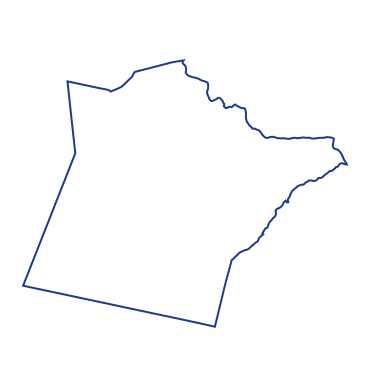 the district of Bondo, Nyanza, Kenya, rotated 12°
{"feature_id": "3690345B84738590288078", "entity_name": "Bondo", "entity_type": "district", "adm_level": 2, "iso_a3": "KEN", "parent_name": "Kenya", "parent_adm1": "Nyanza", "projection": "orthographic", "projection_center": [34.246, -0.149], "detail": "fine", "context": "isolated", "style": "outline", "palette": "blue", "viewbox_px": 384, "rotation_deg": 12, "n_neighbors": 0, "source": "geoboundaries", "source_scale": "gbopen_adm2", "svg_char_len": 4426}
<svg xmlns="http://www.w3.org/2000/svg" viewBox="0 0 384 384"><g transform="rotate(12 192 192)"><path d="M110.9,86.6L109.4,91.7L105.4,97.7L102.8,101.5L101.0,103.9L100.4,104.4L99.9,104.7L99.3,105.2L95.2,108.2L94.3,108.8L93.6,109.2L92.9,109.7L92.2,110.3L91.6,110.6L90.5,110.1L89.7,109.7L86.1,109.5L80.9,109.7L47.2,109.7L60.0,148.7L69.8,178.4L46.3,318.8L48.2,318.8L67.5,318.8L109.6,318.8L143.6,318.8L157.0,318.8L174.2,318.8L177.8,318.8L182.3,318.8L222.5,318.8L242.4,319.0L243.7,274.2L245.0,250.3L245.5,249.8L246.4,248.7L247.4,247.1L247.9,246.4L248.5,245.4L248.9,244.9L249.4,244.2L250.4,242.4L250.9,241.7L252.1,240.6L253.7,239.4L255.1,238.3L255.9,237.8L256.4,237.6L257.7,237.1L258.7,236.3L259.8,235.1L260.1,234.7L260.5,234.0L261.4,232.7L261.8,232.1L262.3,231.4L263.3,230.7L263.7,229.6L264.7,228.4L265.1,228.0L265.7,227.5L266.7,226.2L266.9,224.3L267.3,222.9L267.9,221.9L268.6,221.1L269.4,219.7L270.6,218.6L269.4,217.6L269.7,217.0L270.2,215.6L270.4,215.0L270.6,214.4L271.1,213.1L271.4,212.5L272.0,212.0L273.2,211.1L273.3,209.5L273.7,207.6L274.1,205.7L274.4,204.9L275.1,203.8L275.5,203.1L275.8,202.5L276.4,201.3L276.6,200.8L277.7,199.5L278.4,198.2L278.7,196.9L278.7,196.2L278.6,195.6L278.2,194.1L277.6,193.0L278.0,192.0L279.0,190.5L281.0,189.3L281.4,188.7L282.4,187.6L283.2,186.1L283.5,185.4L283.7,184.6L283.7,183.4L284.3,182.5L285.3,181.0L287.0,182.4L288.3,181.9L287.4,180.1L287.4,179.4L287.7,177.9L288.4,176.3L288.6,175.5L288.7,175.0L288.9,173.0L289.2,171.8L289.7,170.4L290.5,169.2L291.3,168.0L292.2,167.0L293.0,166.0L293.7,164.9L294.4,164.1L295.9,163.1L296.6,162.6L298.0,162.0L298.6,161.8L299.2,161.8L300.2,160.8L300.6,160.0L301.4,158.8L302.8,157.9L303.7,156.6L305.4,156.1L306.1,155.9L306.7,155.8L308.0,155.9L308.6,156.0L310.5,155.3L311.7,154.1L312.0,153.6L312.2,153.1L313.0,151.9L315.3,151.4L316.0,150.8L316.9,149.8L317.5,148.9L318.5,147.5L319.4,146.7L320.2,145.8L321.2,144.4L322.6,142.7L324.5,142.3L325.4,141.1L326.0,140.2L327.1,139.1L327.5,137.7L328.1,137.6L328.6,137.4L329.5,136.6L329.7,135.9L329.9,135.3L330.7,133.8L332.2,132.8L332.7,132.6L333.3,132.6L334.6,132.9L335.6,133.1L337.7,132.9L336.8,131.7L336.3,131.2L335.9,130.8L335.0,129.9L334.4,129.2L333.2,127.9L332.5,126.5L331.4,125.2L330.2,123.6L328.8,122.3L328.0,121.7L326.9,120.9L325.5,120.3L323.7,120.1L322.8,120.1L321.6,119.7L320.7,118.6L320.0,117.2L319.9,116.3L320.0,114.3L319.9,113.4L319.8,112.6L319.7,110.4L318.2,110.0L317.3,109.8L316.5,109.8L315.3,110.0L314.7,110.0L314.1,110.1L312.6,110.3L312.1,110.4L311.5,110.6L310.4,111.3L308.7,111.8L307.2,112.1L306.2,112.4L304.6,112.7L303.6,113.1L302.4,113.6L300.9,114.2L300.2,114.4L299.4,114.6L297.9,114.8L296.8,114.6L296.2,114.5L295.6,114.6L294.1,114.8L293.6,115.0L292.8,115.2L291.0,115.4L290.3,115.4L289.7,115.5L288.0,116.0L286.7,116.6L286.1,116.7L285.5,116.9L283.7,117.6L282.9,117.5L281.4,117.6L280.8,117.7L280.0,118.0L278.6,118.5L277.5,119.4L276.7,119.6L275.0,120.0L274.0,120.1L272.8,120.1L271.7,120.3L270.9,120.4L269.2,120.7L266.8,121.2L264.4,121.5L261.8,121.3L260.3,121.1L258.8,121.4L257.4,121.8L256.7,122.1L255.6,123.0L254.9,123.1L253.5,123.6L252.9,123.7L251.0,122.8L250.3,122.4L249.5,121.8L248.2,120.6L247.5,120.0L246.8,119.4L245.5,118.3L244.9,117.8L242.4,117.5L241.5,117.4L240.1,116.9L238.6,117.3L238.1,117.5L236.9,116.5L236.5,116.2L235.9,115.8L234.9,115.2L234.3,115.0L232.4,113.0L231.0,111.9L230.5,110.7L230.2,110.2L229.5,108.6L229.3,107.9L229.2,107.3L228.8,105.8L228.5,104.2L228.4,103.6L227.9,102.2L227.6,101.6L227.3,101.0L226.8,99.8L225.5,99.2L223.6,99.5L221.6,99.4L221.0,99.2L219.3,98.6L217.7,98.3L216.2,97.4L215.0,98.3L214.6,98.7L214.2,99.4L213.4,100.6L211.8,100.7L211.3,100.7L209.6,101.7L209.1,102.3L207.6,102.9L207.1,102.5L205.9,101.9L205.5,101.6L205.1,101.1L205.4,99.9L205.3,99.3L205.1,98.9L204.0,98.3L203.7,97.6L203.4,97.0L202.3,96.1L201.7,95.5L200.6,94.8L200.0,94.5L199.3,94.3L198.0,94.4L197.4,95.1L196.3,96.3L195.7,96.7L195.1,97.1L193.6,98.4L192.2,99.0L191.4,98.7L190.0,97.8L188.9,96.3L187.7,94.4L186.7,93.3L185.9,90.7L186.1,88.5L186.2,87.7L186.1,86.9L185.7,84.7L185.1,82.8L184.6,81.9L182.5,81.3L181.6,81.2L180.6,81.1L178.5,80.9L176.4,80.4L175.7,80.1L174.8,79.9L172.9,79.6L170.9,79.5L169.4,79.6L168.7,79.6L168.0,79.5L165.9,79.2L163.9,78.9L162.3,77.8L161.1,76.6L160.9,75.8L160.9,75.2L160.9,73.6L160.7,73.0L160.5,72.4L159.9,71.0L159.4,70.3L158.8,69.7L157.2,68.7L156.6,68.3L156.1,67.9L155.7,66.6L156.4,65.0L145.5,69.3L131.7,76.2L113.4,85.3L110.9,86.6Z" fill="none" stroke="#1e3a8a" stroke-width="2"/></g></svg>